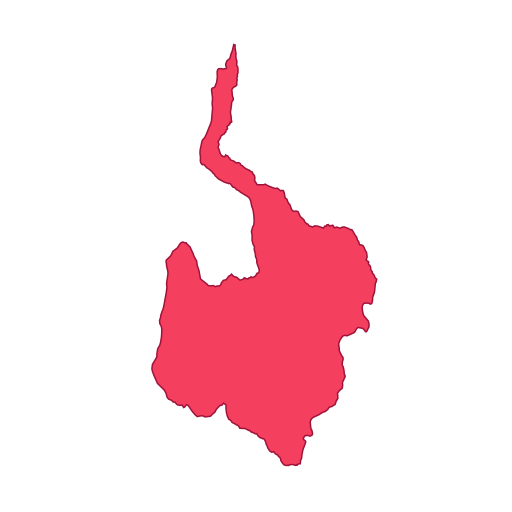 Leiva, Nariño, Colombia (Equal Earth projection), rotated 353°
{"feature_id": "7082276B29262956514041", "entity_name": "Leiva", "entity_type": "district", "adm_level": 2, "iso_a3": "COL", "parent_name": "Colombia", "parent_adm1": "Nariño", "projection": "equal_earth", "projection_center": [-77.3, 1.978], "detail": "fine", "context": "isolated", "style": "filled", "palette": "rose", "viewbox_px": 512, "rotation_deg": 353, "n_neighbors": 0, "source": "geoboundaries", "source_scale": "gbopen_adm2", "svg_char_len": 6120}
<svg xmlns="http://www.w3.org/2000/svg" viewBox="0 0 512 512"><g transform="rotate(353 256 256)"><path d="M259.7,43.4L257.5,49.4L255.6,52.9L254.5,56.0L253.4,57.2L251.1,58.6L249.5,61.3L249.1,63.2L249.7,65.2L249.5,66.0L249.1,66.4L247.5,66.2L246.4,66.6L244.1,65.7L241.9,65.6L240.8,66.2L239.9,68.2L239.4,73.8L238.1,78.8L235.6,83.4L233.0,84.1L232.3,84.8L232.1,85.9L232.1,93.9L231.0,99.5L230.9,104.1L228.4,115.9L227.8,117.7L222.0,128.3L219.7,132.0L216.8,134.6L216.1,136.2L213.4,144.2L212.9,147.3L212.9,151.4L212.3,154.8L212.7,157.1L213.3,158.2L214.1,158.9L214.7,158.7L215.6,159.1L217.9,162.4L219.5,163.6L222.4,166.7L223.3,168.4L224.5,169.6L225.2,171.3L228.2,175.0L233.5,178.8L237.9,180.9L238.7,180.7L239.2,180.9L241.4,184.8L243.1,185.4L244.9,187.9L246.4,188.7L248.6,191.0L254.6,195.7L256.3,197.4L256.9,198.9L257.4,200.6L257.8,205.8L258.7,210.0L258.8,215.6L258.4,221.3L257.6,224.9L256.2,226.8L254.4,231.4L254.7,234.6L254.0,240.0L254.5,243.9L255.6,246.8L255.0,249.1L255.6,253.8L255.4,256.3L256.3,259.8L256.0,262.2L256.3,264.4L257.3,268.7L257.5,270.7L257.2,271.7L256.5,273.0L254.8,273.3L253.5,275.3L251.8,276.5L249.9,276.9L248.5,276.0L248.0,276.7L246.3,276.9L245.3,277.8L242.9,277.1L242.3,276.3L241.8,276.2L241.2,276.5L241.0,277.3L237.5,278.0L237.0,277.9L234.3,274.8L231.4,273.6L229.5,271.0L228.0,272.2L226.5,272.7L223.5,275.9L220.6,276.2L218.3,278.5L217.4,280.4L216.0,281.3L214.0,281.0L211.9,281.5L210.2,280.2L206.3,280.0L205.1,279.5L204.6,279.0L204.4,278.4L198.1,272.0L197.6,263.3L196.5,258.3L196.5,253.8L194.5,248.9L193.9,246.0L191.6,238.9L188.6,235.2L188.5,234.5L186.9,234.2L185.1,233.2L183.4,233.6L182.1,234.6L178.8,238.5L174.1,241.2L171.4,245.4L166.4,249.2L166.1,250.1L166.1,255.2L166.6,260.6L166.5,262.8L163.8,272.7L163.8,276.3L162.3,282.0L158.3,294.7L156.7,298.6L156.1,299.3L154.4,303.0L153.6,305.8L152.4,308.2L152.3,311.4L153.3,313.8L153.6,316.7L152.9,321.8L152.1,325.6L150.7,330.2L149.4,333.3L147.9,334.9L147.1,336.3L145.9,340.2L145.2,344.2L140.0,351.0L139.0,354.9L139.0,356.8L140.0,361.7L142.7,370.5L148.5,377.7L149.9,381.0L150.7,385.8L152.0,387.6L154.3,388.7L156.1,390.9L157.8,391.3L159.2,393.5L160.2,394.3L162.5,395.0L164.4,394.8L165.8,397.6L167.1,397.0L168.2,395.7L169.1,395.1L170.4,396.2L171.4,397.8L173.9,402.7L176.4,406.4L178.2,408.3L181.8,407.9L184.1,408.3L185.7,409.5L190.9,409.5L192.1,409.0L193.0,408.0L196.1,406.0L198.1,403.2L201.8,400.1L204.1,399.8L205.9,398.1L208.1,400.2L207.6,403.8L207.6,407.9L208.1,411.6L209.1,414.8L210.8,415.9L212.0,418.3L217.6,422.2L218.4,423.4L218.9,425.0L224.4,426.0L227.4,428.2L228.7,428.5L229.0,429.3L230.0,430.3L230.8,430.4L231.6,431.2L232.4,431.3L233.5,432.4L234.9,432.4L236.3,435.1L238.1,437.0L239.5,437.4L240.1,438.1L241.3,438.3L242.2,439.5L243.0,442.1L243.2,444.2L244.0,445.9L244.1,447.4L245.7,450.9L247.6,452.7L249.7,452.3L250.0,453.2L251.3,454.8L252.3,455.7L253.1,455.7L254.0,457.8L255.3,459.1L255.7,460.6L255.7,461.9L257.1,465.0L258.5,466.8L260.8,467.7L261.6,467.6L263.0,467.9L263.7,467.3L267.2,467.4L269.2,468.5L270.3,468.6L270.7,468.0L271.4,468.6L272.8,467.5L274.6,467.6L275.3,464.5L276.7,462.0L277.2,459.5L278.8,454.4L282.5,447.2L282.7,445.9L280.8,443.8L280.8,442.4L282.9,440.3L285.7,440.4L287.1,441.2L288.3,441.3L289.9,440.5L290.4,439.7L290.5,438.6L290.2,435.7L289.4,433.8L289.6,427.5L290.1,425.9L291.7,424.0L293.1,423.1L298.9,421.3L303.2,419.2L305.8,418.8L308.8,416.8L310.2,415.0L312.7,414.7L316.4,413.0L318.0,409.7L319.9,407.3L320.2,402.0L322.5,399.7L325.5,397.7L326.3,394.7L326.3,392.8L326.5,391.9L329.8,386.5L329.7,384.9L329.2,383.8L329.4,380.8L329.1,376.9L328.5,375.4L328.4,373.8L329.0,371.1L329.8,369.5L330.0,367.4L328.7,364.9L327.1,360.0L327.4,357.5L327.1,355.4L327.3,355.4L327.4,353.0L329.0,349.9L331.2,347.2L332.7,345.9L334.7,345.6L336.6,346.3L343.6,344.2L344.9,343.4L346.7,340.7L348.2,339.5L349.1,339.5L353.2,340.9L354.2,342.1L355.3,344.2L355.9,344.7L356.6,344.4L359.5,340.1L359.9,337.2L359.6,334.3L355.7,328.3L355.3,326.8L355.0,323.2L355.1,319.8L355.6,318.3L356.7,316.7L358.0,316.0L362.1,316.5L362.8,317.2L363.8,317.7L365.1,317.3L366.2,314.6L366.8,311.1L368.9,307.0L369.5,305.1L371.1,297.9L372.1,296.3L373.0,293.8L371.4,291.9L371.3,290.8L370.6,288.8L369.5,287.3L369.5,285.9L368.4,284.1L368.3,280.5L367.7,279.0L366.8,278.3L366.6,277.6L366.6,276.9L367.1,276.1L367.0,275.3L365.4,274.2L364.9,273.4L366.2,270.4L366.2,266.5L366.0,265.5L365.4,264.4L364.2,260.4L363.4,258.7L361.6,257.7L360.7,257.7L360.0,256.9L359.7,254.2L358.7,252.8L358.2,249.6L356.4,246.3L355.5,243.8L354.3,241.5L352.4,241.2L351.4,240.1L346.9,237.8L344.5,238.0L342.8,238.7L339.6,237.1L337.5,237.6L336.8,237.1L336.8,236.2L335.9,234.8L332.7,235.2L331.6,233.6L330.0,233.8L329.2,235.1L327.9,234.7L326.4,236.5L321.0,233.9L317.8,233.2L316.6,234.0L315.6,234.1L314.1,233.2L312.7,233.0L311.2,230.5L309.9,230.1L309.4,229.0L308.5,228.0L308.0,226.0L304.8,222.3L303.1,217.0L301.3,216.3L299.0,216.3L297.6,215.3L297.1,214.4L295.8,208.9L294.9,208.2L294.8,207.2L294.2,206.3L293.6,203.4L292.0,202.0L291.7,196.7L291.1,194.4L289.3,194.0L288.3,194.3L285.6,191.3L283.0,191.3L276.3,187.7L273.9,185.8L272.3,186.2L265.8,185.4L264.3,181.9L263.7,181.3L264.3,179.0L264.4,176.6L263.8,175.1L263.3,174.7L262.5,172.2L260.5,171.0L260.1,170.1L259.1,169.8L257.8,168.8L257.1,168.6L256.4,167.7L255.6,167.4L253.5,164.8L252.0,163.8L251.7,162.5L250.8,161.6L249.1,161.1L247.6,161.2L245.7,159.2L242.6,157.6L242.1,157.0L241.8,155.6L241.1,155.4L240.1,153.2L238.8,152.7L238.3,152.0L237.0,153.7L235.7,153.4L234.9,152.5L234.2,152.4L233.1,150.2L232.1,145.0L231.6,143.8L232.9,140.5L232.3,138.0L235.0,134.5L235.7,132.8L238.6,131.1L239.6,130.9L239.9,129.9L241.2,129.2L241.5,127.5L242.8,126.8L243.3,126.0L243.0,124.2L243.5,123.4L245.0,122.9L245.3,122.0L246.5,121.5L246.6,120.2L248.0,120.2L248.3,119.8L248.1,118.3L248.3,113.5L248.1,111.9L248.3,109.5L249.4,105.8L249.4,104.7L250.0,103.7L250.3,101.6L250.9,99.9L252.5,98.2L252.6,97.2L252.6,96.2L252.1,94.2L252.3,87.8L254.2,85.8L256.7,84.9L257.8,83.9L258.0,81.4L258.8,79.0L258.6,77.1L259.5,75.4L259.5,73.5L260.4,72.2L260.9,68.2L260.8,65.8L260.0,64.6L260.8,60.2L260.1,57.0L260.4,56.0L260.3,54.4L260.8,53.4L260.6,45.7L261.1,44.2L259.7,43.4Z" fill="#f43f5e" stroke="#9f1239" stroke-width="1.5"/></g></svg>